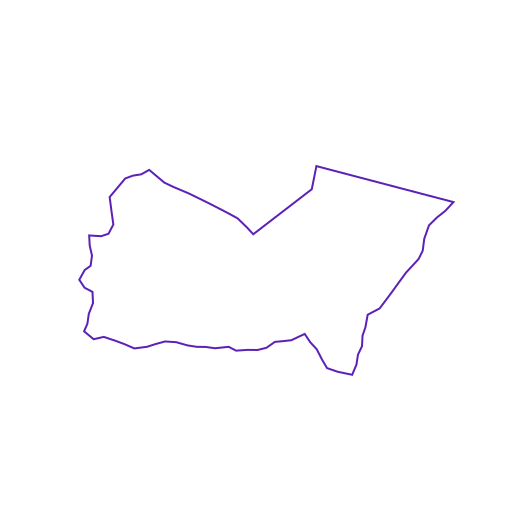 Capim, Paraíba, Brazil (Natural Earth projection), rotated 310°
{"feature_id": "56859067B86894416184163", "entity_name": "Capim", "entity_type": "district", "adm_level": 2, "iso_a3": "BRA", "parent_name": "Brazil", "parent_adm1": "Paraíba", "projection": "natural_earth1", "projection_center": [-35.178, -6.899], "detail": "fine", "context": "isolated", "style": "outline", "palette": "violet", "viewbox_px": 512, "rotation_deg": 310, "n_neighbors": 0, "source": "geoboundaries", "source_scale": "gbopen_adm2", "svg_char_len": 1122}
<svg xmlns="http://www.w3.org/2000/svg" viewBox="0 0 512 512"><g transform="rotate(310 256 256)"><path d="M253.3,118.8L244.8,115.6L238.5,110.1L231.4,106.0L219.8,106.0L207.1,106.0L197.8,116.1L188.4,126.5L178.2,128.7L171.6,124.6L164.5,115.0L157.1,121.9L150.9,130.1L142.2,135.6L135.2,133.8L124.2,135.9L121.5,145.1L123.4,153.8L115.2,161.4L104.2,165.1L95.7,170.4L87.8,172.7L87.9,185.1L96.2,191.4L100.7,202.8L103.9,211.8L107.0,222.2L116.4,230.9L124.2,235.8L132.1,241.3L138.7,250.3L143.4,260.8L148.4,269.1L153.9,275.8L159.0,283.9L168.9,293.5L170.7,301.6L178.6,309.8L184.9,317.5L192.4,323.0L202.4,325.7L207.9,331.2L214.2,337.2L227.6,343.4L224.8,353.1L223.6,362.5L219.0,373.4L215.8,382.5L219.8,392.9L226.8,406.0L237.3,402.8L246.0,397.5L255.0,395.2L263.5,388.8L271.8,385.6L282.8,379.3L295.3,384.4L305.0,383.9L315.5,383.3L326.5,382.5L339.8,381.6L349.7,382.1L358.2,382.5L367.2,380.3L377.4,373.8L390.7,368.8L402.1,369.9L412.2,372.0L424.2,372.6L363.7,244.5L343.0,255.8L270.9,239.9L272.1,230.5L273.0,217.6L270.3,204.5L266.0,185.6L260.8,164.6L255.8,148.3L253.3,138.7L253.3,118.8Z" fill="none" stroke="#5b21b6" stroke-width="2"/></g></svg>